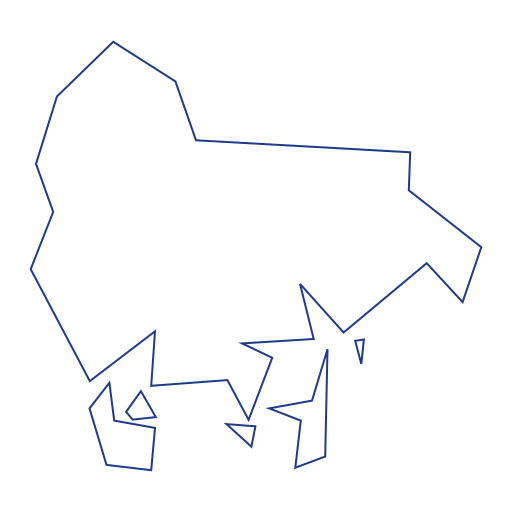 the Province of South Gyeongsang
{"feature_id": "KOR-2505", "entity_name": "South Gyeongsang", "entity_type": "Province", "adm_level": 1, "iso_a3": "KOR", "parent_name": "South Korea", "parent_adm1": "", "projection": "equal_earth", "projection_center": [128.367, 35.249], "detail": "coarse", "context": "isolated", "style": "outline", "palette": "blue", "viewbox_px": 512, "rotation_deg": 0, "n_neighbors": 0, "source": "natural_earth", "source_scale": "10m", "svg_char_len": 723}
<svg xmlns="http://www.w3.org/2000/svg" viewBox="0 0 512 512"><path d="M426.7,263.2L343.6,332.5L300.0,283.9L313.7,339.0L242.1,343.4L272.2,357.8L248.6,419.8L227.4,380.1L151.2,385.8L155.0,331.3L89.8,381.1L30.7,269.2L53.2,211.9L36.0,163.9L56.9,96.5L113.2,41.8L175.4,81.4L196.0,140.3L410.2,152.3L408.8,190.3L481.3,247.2L462.6,302.1L426.7,263.2ZM327.5,349.2L325.2,456.5L295.3,467.7L300.8,420.6L269.2,408.4L312.0,400.6L327.5,349.2ZM155.0,427.9L151.2,470.2L106.5,464.9L89.5,408.4L109.4,382.8L114.2,420.6L155.0,427.9ZM155.8,417.1L132.6,419.6L126.1,411.8L140.9,391.2L155.8,417.1ZM226.5,424.1L255.4,426.3L251.4,446.7L226.5,424.1ZM363.9,339.5L361.3,363.9L355.2,340.8L363.9,339.5Z" fill="none" stroke="#1e3a8a" stroke-width="2"/></svg>